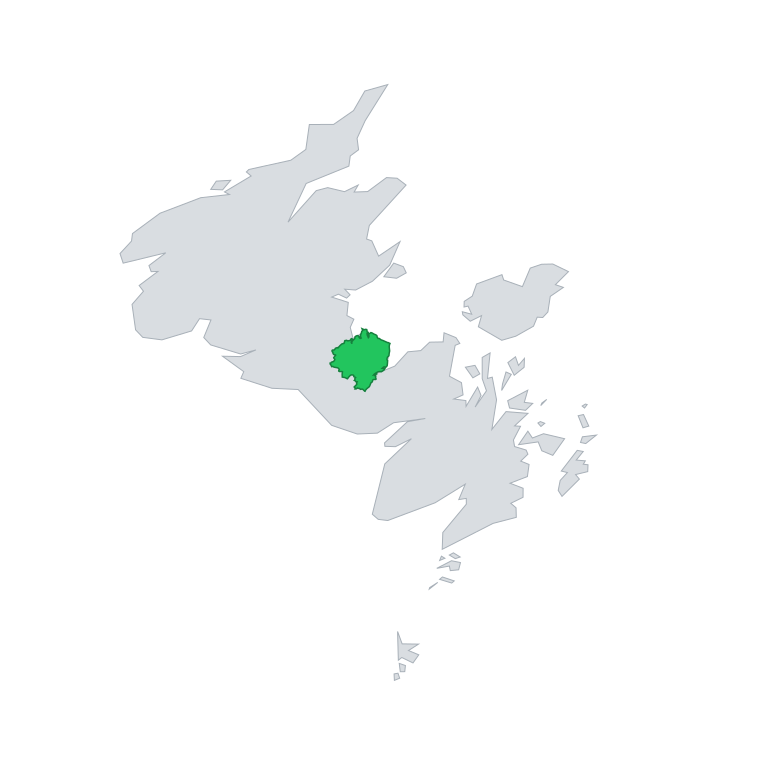 where Cumbria sits in United Kingdom, rotated 159°
{"feature_id": "GBR-2139", "entity_name": "Cumbria", "entity_type": "Administrative County", "adm_level": 1, "iso_a3": "GBR", "parent_name": "United Kingdom", "parent_adm1": "", "projection": "equal_earth", "projection_center": [-2.905, 54.627], "detail": "fine", "context": "in_parent", "style": "filled", "palette": "green", "viewbox_px": 768, "rotation_deg": 159, "n_neighbors": 0, "source": "natural_earth", "source_scale": "10m", "svg_char_len": 6675}
<svg xmlns="http://www.w3.org/2000/svg" viewBox="0 0 768 768"><g transform="rotate(159 384 384)"><path d="M415.6,569.5L378.0,588.8L366.2,587.5L351.9,577.7L336.8,579.0L343.1,573.9L330.3,569.5L307.7,575.8L298.0,571.4L292.1,561.8L340.9,537.3L348.3,525.6L344.1,522.0L343.2,505.3L318.0,511.2L336.1,492.9L357.9,484.1L376.8,481.9L386.7,486.6L383.7,479.4L388.1,477.6L394.4,484.2L401.7,483.9L388.1,473.0L394.1,461.2L388.9,455.3L395.2,449.0L396.6,437.5L383.8,440.1L365.7,417.0L371.2,405.9L389.4,396.5L367.6,396.8L350.2,405.5L337.7,402.0L326.4,406.7L313.7,402.1L309.6,410.3L300.2,401.5L298.7,394.7L303.7,394.6L320.1,367.8L311.2,357.5L314.1,345.5L324.3,345.0L313.5,339.2L315.4,333.7L297.7,347.6L297.5,338.5L307.2,329.8L290.8,340.9L290.4,353.8L282.8,373.6L273.8,375.0L285.4,352.1L280.5,351.6L284.6,328.9L299.6,302.9L280.0,314.5L260.1,305.0L277.1,298.1L271.7,295.6L283.2,285.4L284.5,278.8L275.0,271.4L274.8,266.9L284.0,263.0L277.4,256.9L283.3,246.2L301.9,246.2L291.5,236.8L294.8,228.4L308.4,227.2L305.1,221.1L308.3,212.1L332.2,214.8L388.9,208.8L382.3,224.3L350.2,242.3L348.2,247.7L355.6,249.3L344.0,261.4L378.8,254.8L429.4,255.2L437.9,259.7L441.6,266.6L411.9,309.1L378.0,323.1L395.8,321.4L405.5,325.5L404.6,328.8L375.7,340.4L357.8,337.0L388.9,344.4L407.8,340.5L426.9,346.9L447.7,364.2L466.1,409.6L490.2,420.2L515.6,440.6L510.5,445.8L524.8,467.8L508.1,461.0L491.3,461.7L507.1,463.4L531.8,482.6L535.6,492.0L522.6,505.8L532.8,511.1L544.6,502.5L575.5,504.8L592.5,514.0L596.5,523.6L590.7,548.6L575.3,556.8L577.3,563.7L554.7,570.1L561.1,572.3L561.0,578.8L540.7,584.7L584.2,590.3L583.7,600.4L568.5,607.9L564.9,614.6L531.9,623.7L488.3,623.6L460.4,616.3L464.1,620.5L433.5,625.8L436.5,631.3L433.3,632.7L390.8,626.3L372.9,631.0L360.7,653.0L338.0,644.4L314.4,650.2L296.9,664.4L273.2,662.2L307.2,636.6L321.1,623.0L323.8,611.8L333.8,609.0L338.7,600.0L384.8,599.1L415.6,569.5ZM261.7,444.2L234.7,443.8L235.0,438.2L219.9,425.3L205.9,439.8L193.9,439.3L183.4,435.5L171.5,422.8L188.4,415.3L181.9,409.9L197.4,406.2L205.2,392.5L212.0,389.2L217.0,391.5L223.7,384.4L243.8,381.4L258.4,382.6L275.4,403.6L268.4,412.9L281.0,411.7L285.6,420.3L285.0,423.4L277.1,417.7L277.6,426.6L281.7,427.2L279.5,432.4L270.1,434.4L261.7,444.2ZM259.5,222.2L254.1,230.8L244.5,235.6L249.7,239.2L227.4,252.8L222.2,249.6L231.8,244.1L223.6,240.1L226.7,237.7L222.5,235.5L225.2,229.2L237.6,230.8L235.7,225.2L258.1,215.3L259.5,222.2ZM260.6,265.1L260.8,274.7L280.1,279.1L266.6,288.4L264.8,280.4L252.9,280.4L235.0,268.2L252.0,256.9L260.6,265.1ZM456.9,113.2L465.4,122.3L469.6,121.0L460.0,148.1L460.2,134.9L445.0,128.8L456.7,126.4L448.6,118.7L456.9,113.2ZM274.5,324.1L252.0,326.7L259.6,316.6L252.1,312.6L261.3,308.7L275.4,316.6L274.5,324.1ZM334.3,478.2L345.7,484.2L331.6,493.4L323.9,486.6L323.4,479.8L334.3,478.2ZM259.3,345.5L260.7,359.6L251.5,362.3L251.8,353.2L243.7,357.6L247.2,349.4L259.3,345.5ZM389.0,186.0L388.2,190.6L400.8,193.0L384.3,194.8L376.6,189.9L380.9,183.8L389.0,186.0ZM302.0,370.5L292.4,368.8L290.9,359.1L298.8,357.9L302.0,370.5ZM476.0,627.8L467.9,633.5L454.1,629.1L465.1,623.1L476.0,627.8ZM265.8,351.5L261.7,347.4L276.5,335.8L273.3,341.6L265.8,351.5ZM217.0,256.1L221.5,259.0L217.7,263.6L204.0,260.2L217.0,256.1ZM214.1,284.8L208.7,284.0L207.9,271.3L213.9,271.8L214.1,284.8ZM469.9,117.7L464.9,113.5L467.7,108.0L471.9,109.6L469.9,117.7ZM402.1,181.7L398.6,182.9L389.0,175.0L392.1,173.9L402.1,181.7ZM384.3,200.9L379.7,201.5L374.9,195.2L380.0,195.4L384.3,200.9ZM480.5,103.6L478.5,109.7L474.6,109.0L474.8,103.7L480.5,103.6ZM414.3,177.6L404.9,179.5L415.3,176.3L414.3,177.6ZM254.3,292.4L251.5,292.9L248.0,289.7L252.7,288.1L254.3,292.4ZM395.3,199.3L392.1,202.7L389.6,199.5L395.3,199.3ZM243.4,309.7L237.6,311.3L245.4,307.7L243.4,309.7ZM206.9,292.4L203.2,293.1L201.7,292.0L205.4,289.7L206.9,292.4Z" fill="#d9dde1" stroke="#a8b0b8" stroke-width="1"/><path d="M397.3,388.1L398.5,386.9L399.1,386.6L399.8,386.4L401.7,385.8L402.8,385.2L403.8,384.6L404.3,384.0L404.6,384.2L405.6,386.5L406.2,387.1L408.0,387.5L408.4,388.6L409.8,389.3L410.1,389.8L411.9,389.4L412.8,389.8L412.3,390.2L412.5,390.6L412.4,390.9L412.9,391.9L409.6,393.4L409.3,393.7L409.3,394.7L408.3,395.7L409.4,396.2L409.7,397.3L410.4,398.0L409.6,398.4L409.2,399.6L408.2,400.2L408.5,400.7L409.4,401.4L409.5,402.0L409.2,402.6L409.5,403.3L410.8,404.1L412.2,404.2L415.1,402.8L415.9,402.1L416.4,402.0L418.0,403.9L420.5,405.4L419.5,408.3L418.4,410.3L418.8,410.7L421.1,411.6L421.5,412.0L421.6,412.4L421.3,412.9L420.5,413.6L420.9,414.9L421.4,415.7L424.6,417.6L425.4,418.7L426.6,418.9L426.8,421.1L427.1,421.8L426.9,422.7L426.4,422.5L425.3,423.2L423.1,423.1L421.8,423.8L421.0,424.7L421.5,425.9L421.5,426.6L418.8,428.3L419.0,428.7L420.2,429.4L420.5,429.9L420.6,431.4L420.3,432.0L420.8,432.8L420.6,433.7L420.4,434.0L419.6,434.1L418.6,433.6L417.3,434.1L416.5,434.8L414.5,434.7L414.1,434.2L410.9,435.8L409.0,436.5L406.8,436.3L405.6,437.7L405.3,438.3L405.0,438.5L403.3,438.2L402.3,437.2L399.8,436.8L399.0,437.7L398.0,438.0L397.9,438.0L397.3,437.1L397.1,436.6L398.0,436.3L399.0,435.6L399.7,434.7L399.6,433.7L399.3,433.7L399.2,434.5L398.6,435.1L397.3,435.9L395.8,436.5L395.0,436.9L394.6,437.5L394.3,438.3L393.5,438.7L391.6,438.8L391.0,438.4L390.4,437.7L390.2,436.8L390.6,436.3L390.2,435.6L389.9,435.1L389.4,434.9L388.8,435.1L389.0,435.8L388.9,436.6L388.6,437.3L388.5,437.9L388.3,438.3L387.0,439.5L386.3,440.6L385.9,441.1L384.7,441.6L384.6,442.2L384.7,442.9L384.7,443.5L383.2,442.0L382.8,441.7L382.1,441.7L381.5,441.6L381.0,441.3L380.6,441.0L380.7,440.1L381.0,439.2L380.9,438.5L380.3,438.0L380.3,437.7L381.7,437.4L382.1,435.8L382.0,434.0L382.0,432.9L381.4,433.2L381.0,433.8L380.6,435.1L381.0,436.1L380.3,436.4L379.4,436.3L378.7,436.4L377.8,436.7L376.9,436.0L375.3,434.0L374.1,432.9L373.5,432.1L373.3,431.3L373.4,430.9L373.6,430.5L373.6,430.0L373.3,429.2L373.3,428.7L373.1,428.6L372.1,428.2L370.7,426.0L369.7,425.3L365.7,421.3L365.0,421.0L364.8,420.8L364.3,420.0L363.9,419.7L364.2,419.3L364.7,418.9L364.8,418.8L365.8,416.9L366.9,412.8L368.4,410.4L369.0,409.1L369.3,408.6L369.6,408.4L370.5,408.2L371.0,407.9L371.5,407.4L372.2,406.5L372.6,405.5L372.2,404.6L373.6,401.6L374.4,400.1L375.4,399.3L376.3,399.1L376.8,399.4L377.2,399.8L377.9,400.0L378.4,399.9L380.1,399.3L379.6,399.0L377.5,398.2L378.6,397.3L379.2,397.0L381.9,396.4L382.4,396.5L382.7,396.7L382.9,396.9L383.3,397.1L384.9,397.5L385.7,397.5L389.3,396.8L390.0,396.4L387.1,396.4L387.1,396.0L387.9,395.9L388.5,395.6L389.2,395.4L390.0,395.7L390.0,395.3L389.0,394.9L388.8,395.0L389.0,394.0L389.5,393.2L389.6,391.6L389.8,391.3L390.1,391.2L390.3,391.3L391.9,391.9L392.2,391.9L392.9,391.8L393.1,391.7L393.3,391.5L394.0,390.4L394.2,390.2L395.6,389.8L395.9,389.6L396.2,389.3L396.4,389.1L397.3,388.1Z" fill="#22c55e" stroke="#15803d" stroke-width="1.5"/></g></svg>